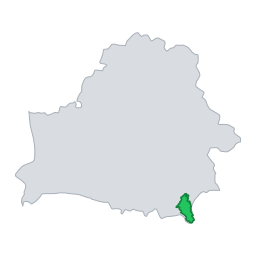 Brahin, Gomel, Belarus (highlighted)
{"feature_id": "67162791B77344314095023", "entity_name": "Brahin", "entity_type": "district", "adm_level": 2, "iso_a3": "BLR", "parent_name": "Belarus", "parent_adm1": "Gomel", "projection": "orthographic", "projection_center": [30.376, 51.651], "detail": "fine", "context": "in_parent", "style": "filled", "palette": "green", "viewbox_px": 256, "rotation_deg": 0, "n_neighbors": 0, "source": "geoboundaries", "source_scale": "gbopen_adm2", "svg_char_len": 7240}
<svg xmlns="http://www.w3.org/2000/svg" viewBox="0 0 256 256"><path d="M219.6,190.4L215.1,190.3L209.6,190.4L206.6,192.6L203.3,191.6L200.9,192.8L195.5,198.8L193.4,201.9L191.4,206.8L190.2,210.4L190.9,212.9L191.9,215.3L192.2,217.8L192.7,219.8L191.3,221.2L190.5,223.3L188.2,223.0L185.4,221.0L184.8,218.1L182.6,216.1L181.2,215.0L178.9,214.8L175.1,215.8L170.2,216.4L166.5,216.6L164.4,217.6L161.4,218.6L160.3,217.4L158.7,214.1L157.3,210.8L156.4,209.3L155.6,208.9L154.6,209.0L153.5,210.0L152.6,211.0L149.5,212.2L148.1,213.3L146.5,216.3L145.5,216.1L144.5,215.4L143.4,212.0L141.8,211.2L139.2,211.1L136.0,210.3L133.4,209.2L132.5,209.4L130.9,210.8L129.2,210.9L125.5,209.5L124.8,210.1L122.6,213.7L121.6,213.8L121.0,213.3L121.4,210.2L119.3,208.9L115.8,208.6L113.2,209.0L112.0,208.8L111.4,208.1L108.5,202.6L106.9,202.2L104.0,202.3L99.7,201.5L94.8,200.0L92.1,199.4L90.7,198.1L87.7,197.6L79.6,194.8L76.3,194.2L71.4,193.8L63.9,192.8L59.1,192.8L56.9,193.4L54.3,193.6L45.3,193.6L42.1,193.9L41.1,195.0L39.8,197.3L35.8,201.3L32.0,203.8L31.3,204.0L29.4,202.3L27.7,201.7L25.6,201.3L24.1,201.7L23.2,202.3L23.0,205.6L22.8,205.9L21.5,201.8L22.0,198.3L23.1,196.3L24.3,194.6L24.1,191.9L25.5,188.3L25.8,185.7L25.4,184.5L24.7,183.2L22.5,181.5L21.6,180.3L18.7,178.5L15.8,176.3L15.4,175.1L15.6,174.3L16.2,173.2L18.9,169.9L21.8,166.7L23.5,165.5L32.5,161.9L34.0,160.5L34.6,158.0L34.9,152.8L34.8,148.0L34.4,144.6L33.4,138.3L30.2,125.2L28.9,111.7L30.5,112.7L34.4,113.3L37.7,112.7L39.3,112.7L40.8,113.2L45.0,112.8L45.9,114.1L47.7,115.3L51.5,114.0L54.9,112.4L58.2,112.9L58.8,112.0L60.0,107.4L61.0,106.5L65.0,107.2L66.6,106.5L68.3,104.3L70.7,103.0L72.7,103.2L74.9,101.7L75.8,102.9L76.2,104.8L75.4,106.3L75.6,106.9L77.0,107.8L79.4,107.9L81.0,107.4L81.5,106.5L81.6,104.9L81.3,103.4L80.3,102.1L78.4,101.3L77.1,101.2L76.9,100.3L77.5,98.6L78.9,95.4L80.6,92.6L81.5,91.6L81.8,90.6L81.7,88.8L81.9,85.6L83.5,81.2L85.5,78.0L87.9,77.0L90.8,76.6L92.7,75.1L93.7,73.4L94.7,70.5L95.6,70.0L102.5,70.7L103.7,67.9L104.3,67.1L105.7,66.4L106.6,65.4L106.3,64.6L104.6,64.0L100.5,63.3L99.7,62.3L100.1,61.2L101.3,58.3L102.6,54.5L103.3,51.6L103.4,49.9L104.0,49.4L107.4,49.0L108.5,48.5L111.6,44.6L113.8,44.0L119.3,45.3L121.9,45.3L125.2,45.7L125.5,45.4L126.8,41.4L132.6,35.2L135.6,33.1L137.5,32.7L138.1,32.8L141.0,36.3L141.6,36.4L143.7,35.1L147.1,35.0L148.6,36.3L150.8,40.4L151.9,41.0L155.3,38.7L157.2,38.0L158.4,38.0L164.6,41.3L165.0,42.4L165.1,43.6L164.0,47.3L165.3,49.7L166.8,51.2L170.1,48.7L171.3,48.0L172.6,48.0L174.3,47.0L175.6,45.6L176.8,45.1L179.1,45.4L183.3,45.1L188.2,47.4L188.6,48.1L191.1,50.7L191.9,52.1L192.7,52.5L194.0,53.8L195.8,54.6L197.0,54.3L197.6,54.7L198.1,55.8L198.2,57.5L198.0,62.5L196.3,65.1L196.1,66.0L196.2,67.1L197.6,69.2L199.4,72.6L199.8,74.5L199.8,75.9L197.4,80.2L196.6,81.2L196.0,83.3L195.7,85.5L195.9,86.4L200.1,89.7L203.2,91.5L203.9,92.4L204.0,93.0L202.4,96.7L202.2,97.6L204.7,99.1L206.1,101.5L207.4,105.4L209.8,109.1L218.8,114.4L219.6,115.3L219.9,116.5L219.6,119.0L218.1,123.9L219.7,124.6L223.6,124.3L228.4,124.8L234.2,128.1L234.3,129.7L233.7,131.1L234.2,132.5L234.9,133.8L240.0,137.5L240.5,138.6L240.6,140.4L240.5,141.8L239.2,142.1L237.6,142.8L235.2,144.5L234.2,146.9L230.2,150.2L227.7,151.7L225.7,151.8L220.9,151.3L219.2,149.7L218.4,148.3L216.6,147.7L214.1,147.7L210.7,148.0L210.0,148.4L209.5,150.2L208.1,153.3L207.1,155.0L211.5,161.0L213.7,163.4L214.4,164.9L214.4,166.0L213.4,167.3L213.6,169.8L215.8,173.2L215.1,173.7L214.9,177.9L215.0,182.3L215.6,183.4L216.8,184.2L217.8,185.8L219.5,189.5L219.6,190.4Z" fill="#d9dde1" stroke="#a8b0b8" stroke-width="1"/><path d="M191.3,206.1L191.2,206.1L191.1,205.8L191.1,205.7L191.0,205.3L190.9,205.1L190.8,204.8L190.6,204.7L190.4,204.6L190.4,204.3L190.5,204.0L190.5,203.7L190.5,203.4L190.5,203.2L190.3,203.1L190.0,203.1L189.8,203.1L189.5,203.1L189.3,202.9L189.3,202.7L189.4,202.4L189.6,202.3L189.8,202.2L189.7,202.0L189.7,201.9L189.7,201.7L189.9,201.6L189.9,201.4L189.7,201.3L189.6,201.2L189.4,201.3L189.2,201.4L189.2,201.6L188.9,201.7L188.7,201.5L188.5,201.4L188.3,201.3L188.1,201.3L187.8,201.2L187.6,201.1L187.4,201.1L187.2,200.9L187.4,200.7L187.4,200.4L187.4,200.2L187.5,200.1L187.8,200.0L187.8,199.9L187.8,199.7L187.6,199.5L187.6,199.4L187.6,199.2L187.9,199.2L188.0,199.1L188.1,198.9L188.3,198.6L188.3,198.4L188.3,198.2L188.2,198.1L187.9,198.0L187.7,198.0L187.4,197.9L187.3,197.7L187.5,197.4L187.9,197.1L188.0,196.9L188.2,196.7L188.3,196.4L188.4,196.2L188.5,196.0L188.6,195.7L188.5,195.3L188.3,195.3L188.0,195.2L187.8,195.1L187.7,195.1L187.3,195.2L187.1,195.3L186.9,195.4L186.8,195.5L186.6,195.6L186.5,195.8L186.3,196.0L186.1,196.3L185.9,196.5L185.7,196.5L185.7,196.4L185.8,196.1L185.8,195.7L186.1,195.4L186.3,195.2L186.5,194.9L186.6,194.7L186.7,194.2L186.4,193.8L186.2,193.8L186.1,194.0L185.9,194.2L185.7,194.0L185.7,193.8L185.6,193.7L185.3,193.8L185.1,193.9L184.8,194.0L184.6,194.1L184.6,194.6L184.4,194.7L184.2,194.9L183.8,195.2L183.6,195.4L183.2,195.5L183.1,195.8L183.2,196.0L182.9,196.3L182.6,196.3L182.3,196.4L182.1,196.6L181.9,196.8L181.7,197.1L181.4,197.2L181.0,197.3L180.9,197.4L180.9,197.7L181.1,197.9L181.0,198.2L181.3,198.5L181.5,198.7L181.5,198.9L181.5,199.3L181.5,199.7L181.2,200.1L181.0,200.3L181.1,200.7L180.9,201.0L180.6,201.5L180.3,201.6L180.1,201.7L179.9,201.8L180.0,202.1L180.0,202.3L179.9,202.7L179.8,203.2L179.6,203.3L179.2,203.4L179.0,203.5L178.9,203.8L178.9,204.1L178.7,204.4L178.4,204.4L178.2,204.6L178.1,205.0L177.9,205.3L177.8,205.6L177.6,206.1L177.4,206.3L177.1,206.3L176.9,206.1L176.7,206.2L176.6,206.4L176.4,206.6L176.3,206.9L176.2,207.2L176.4,207.3L176.8,207.4L177.2,207.4L177.6,207.3L177.8,207.2L177.9,206.8L178.1,206.6L178.5,206.8L178.9,207.0L179.1,207.1L179.4,207.3L179.7,207.4L179.6,207.7L179.4,208.0L179.2,208.3L179.1,208.6L179.2,209.0L179.6,209.2L179.8,209.3L179.9,209.6L179.9,209.8L180.0,210.1L180.6,210.3L181.0,210.4L181.3,210.7L181.3,210.9L181.2,211.0L181.4,211.3L181.6,211.6L181.4,211.9L181.1,212.2L180.7,212.6L180.9,212.8L181.6,213.1L182.0,213.4L182.3,213.5L182.6,213.8L183.0,214.0L183.3,214.1L183.7,214.3L184.1,214.7L184.3,214.8L184.6,215.2L185.0,215.3L185.3,215.7L185.5,216.1L185.6,216.3L185.9,216.4L186.2,216.6L186.2,216.8L186.2,217.2L186.2,217.4L186.4,217.8L186.4,218.1L186.4,218.4L186.3,218.7L186.0,218.8L185.7,218.9L185.8,219.2L186.2,219.7L186.5,220.1L186.9,220.4L187.2,220.6L187.5,220.9L187.9,221.1L188.1,221.2L188.7,221.1L188.9,221.0L189.2,221.1L189.2,221.5L189.3,221.8L189.3,222.0L189.4,222.3L189.6,222.3L189.8,222.3L190.2,222.3L190.5,222.4L190.7,222.6L190.9,222.8L191.4,222.9L191.6,222.7L191.8,222.4L192.1,222.6L192.4,222.4L192.6,222.1L192.7,221.7L192.8,221.3L192.8,220.9L192.9,220.7L193.3,220.5L193.7,220.5L194.0,220.3L194.2,220.1L194.2,219.9L194.2,219.7L194.1,219.4L193.9,219.1L193.7,218.9L193.5,218.5L193.4,218.2L193.2,217.9L193.0,217.5L192.9,217.2L192.7,217.0L192.5,216.8L192.2,216.8L192.2,216.5L191.9,216.2L192.0,215.7L192.3,215.5L192.7,215.4L193.1,215.2L193.0,214.8L192.9,214.6L192.4,214.0L192.0,213.5L191.6,212.7L191.7,212.2L191.7,211.9L191.3,211.9L190.9,211.9L190.6,211.5L190.6,211.3L190.6,211.0L191.0,210.8L190.9,210.4L190.7,210.0L191.0,209.8L191.2,209.6L191.2,209.3L191.1,209.1L190.9,208.7L190.7,208.5L190.5,208.2L190.4,207.7L190.4,207.2L190.8,207.0L191.1,207.0L191.3,206.8L191.3,206.6L191.2,206.1L191.3,206.1Z" fill="#22c55e" stroke="#15803d" stroke-width="1.5"/></svg>